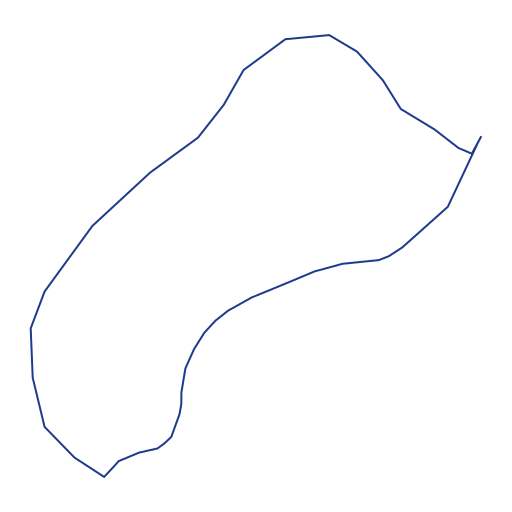 outline of L'Hermitage, Gros Islet, Saint Lucia
{"feature_id": "8701671B71072292356728", "entity_name": "L'Hermitage", "entity_type": "district", "adm_level": 2, "iso_a3": "LCA", "parent_name": "Saint Lucia", "parent_adm1": "Gros Islet", "projection": "orthographic", "projection_center": [-60.94, 14.065], "detail": "fine", "context": "isolated", "style": "outline", "palette": "blue", "viewbox_px": 512, "rotation_deg": 0, "n_neighbors": 0, "source": "geoboundaries", "source_scale": "gbopen_adm2", "svg_char_len": 668}
<svg xmlns="http://www.w3.org/2000/svg" viewBox="0 0 512 512"><path d="M104.1,476.9L114.7,465.6L118.7,461.1L139.1,452.6L157.4,448.5L164.3,443.5L171.3,436.9L175.2,426.1L179.5,414.3L181.3,403.9L181.4,392.4L185.4,368.4L194.0,349.2L204.2,332.9L215.4,320.7L228.2,310.6L251.8,297.4L269.2,290.3L286.9,283.0L314.6,271.4L342.5,263.8L378.8,260.1L388.6,256.3L402.2,247.5L447.8,206.8L477.4,143.7L481.3,136.2L471.8,153.7L458.5,148.0L434.6,129.5L400.8,109.0L382.9,80.3L357.0,51.6L329.2,35.1L285.4,39.2L243.6,70.0L223.7,104.9L197.9,137.7L150.1,172.6L92.4,225.9L44.6,291.5L30.7,328.4L32.7,377.7L44.6,426.9L74.5,457.6L104.1,476.9Z" fill="none" stroke="#1e3a8a" stroke-width="2"/></svg>